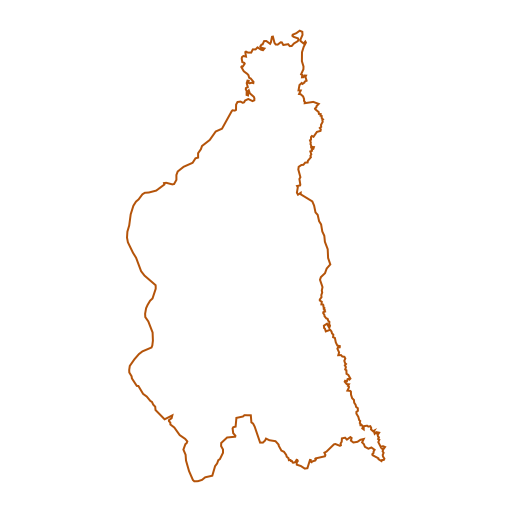 Mbinga, Ruvuma, United Republic of Tanzania
{"feature_id": "72390352B96762734199587", "entity_name": "Mbinga", "entity_type": "district", "adm_level": 2, "iso_a3": "TZA", "parent_name": "United Republic of Tanzania", "parent_adm1": "Ruvuma", "projection": "orthographic", "projection_center": [35.084, -10.703], "detail": "fine", "context": "isolated", "style": "outline", "palette": "amber", "viewbox_px": 512, "rotation_deg": 0, "n_neighbors": 0, "source": "geoboundaries", "source_scale": "gbopen_adm2", "svg_char_len": 6023}
<svg xmlns="http://www.w3.org/2000/svg" viewBox="0 0 512 512"><path d="M177.7,171.5L176.4,175.0L176.4,179.9L174.1,184.0L172.4,184.4L166.2,182.8L164.0,183.1L164.4,184.5L156.2,190.6L148.9,192.5L144.8,192.8L142.4,194.3L138.6,199.4L136.0,201.6L133.4,205.7L130.7,214.3L129.2,225.5L127.4,231.6L127.0,237.6L127.9,242.3L133.0,252.8L136.1,257.8L141.1,271.2L144.5,275.6L155.6,285.2L155.7,286.6L155.7,288.8L152.5,298.5L150.1,300.7L147.6,304.9L146.1,308.2L145.1,313.8L145.3,317.1L148.3,321.4L152.6,332.5L152.9,340.7L152.3,345.5L151.5,347.5L142.4,351.4L138.9,354.1L134.4,359.3L129.8,365.9L129.2,369.9L129.3,372.5L131.6,376.3L131.9,378.4L136.0,384.7L136.8,385.9L138.4,386.0L143.1,393.9L146.8,396.6L150.3,400.9L152.0,402.0L153.2,404.6L155.2,406.7L155.5,410.0L164.6,419.3L172.3,415.4L171.6,418.2L168.9,420.2L169.0,421.2L170.3,422.6L170.4,424.5L174.3,427.5L179.7,435.1L185.2,438.9L187.3,441.4L186.6,443.2L185.4,444.1L183.4,449.6L185.6,454.8L186.0,460.5L189.0,471.0L192.9,480.0L194.3,481.3L197.9,481.2L202.0,479.9L205.2,477.3L212.3,475.7L215.1,466.1L217.1,463.5L218.3,460.2L219.9,459.1L223.0,452.8L223.0,449.5L221.1,446.1L221.2,443.0L227.1,437.5L235.2,436.7L235.4,435.7L233.2,433.2L232.6,428.4L233.3,427.2L235.6,426.6L236.4,417.9L243.0,416.5L244.4,415.2L250.8,415.3L251.4,422.4L253.1,423.6L254.7,426.7L260.1,442.6L262.9,442.6L265.1,440.5L266.0,438.6L269.3,440.2L275.5,441.2L278.6,444.6L278.7,445.7L281.4,450.6L284.0,451.8L286.2,454.9L286.7,456.7L288.5,458.2L288.9,460.2L290.5,460.0L290.9,461.0L292.0,461.1L292.7,462.6L293.7,462.7L295.4,462.0L296.6,459.8L297.3,460.0L297.8,461.0L296.6,462.7L296.8,464.7L300.8,466.0L304.8,468.6L307.4,468.2L310.0,459.9L310.7,460.0L310.8,461.7L311.6,462.2L312.1,461.5L315.3,460.5L315.9,459.4L315.3,458.8L315.6,458.4L324.9,456.3L325.4,455.0L324.4,452.7L326.5,451.6L333.9,444.4L335.3,444.0L339.9,445.8L340.9,445.3L340.6,443.5L341.7,441.7L341.9,438.4L345.1,437.7L346.9,439.6L350.4,437.1L351.6,438.0L350.9,440.6L353.4,442.5L357.5,441.8L360.4,439.8L363.7,439.0L362.1,442.4L363.9,444.2L364.9,446.8L368.4,448.7L371.4,447.5L374.6,449.8L373.6,451.4L373.5,453.0L372.3,454.2L372.6,455.2L378.4,458.3L378.5,459.2L381.5,461.1L381.9,460.1L383.8,459.9L384.4,458.7L383.0,456.5L382.7,455.0L383.6,452.8L382.6,451.3L383.1,449.7L382.2,448.8L383.7,448.8L385.0,447.0L383.0,446.2L380.7,446.8L378.3,442.1L379.3,439.7L378.1,439.0L378.9,437.3L378.0,436.5L377.7,434.9L379.1,432.7L376.7,432.2L376.9,433.5L375.8,432.7L374.7,433.8L373.8,431.2L374.2,430.6L373.0,431.2L371.0,429.4L371.2,427.9L370.3,426.2L368.3,426.6L367.1,425.7L363.7,426.2L363.7,429.4L362.3,428.4L363.0,426.8L361.9,425.2L359.6,425.3L361.2,424.7L359.8,423.0L360.2,421.0L359.2,420.1L358.3,416.8L356.4,413.6L356.4,411.9L357.9,410.8L357.8,408.2L356.1,406.9L355.6,404.8L354.2,402.7L353.9,399.9L352.2,398.3L351.0,394.7L350.9,391.6L350.2,390.9L347.4,390.6L348.9,387.6L348.9,386.6L347.9,385.9L348.9,384.3L346.7,384.1L344.7,381.7L345.1,380.8L346.9,381.3L347.6,379.1L348.5,378.9L349.4,379.6L350.4,378.6L348.3,374.9L346.5,373.8L346.4,370.3L345.2,369.5L345.9,367.1L344.8,365.3L346.0,364.0L345.1,363.2L344.3,360.8L345.3,358.5L344.4,356.8L342.3,356.5L341.0,355.1L338.3,355.2L339.1,352.4L337.4,348.7L337.9,347.6L339.7,347.3L339.8,346.1L337.3,345.5L335.8,342.4L334.9,338.0L333.1,337.2L333.3,334.6L332.0,333.4L331.5,331.5L330.2,329.8L325.8,331.4L325.0,328.8L324.1,328.0L323.9,325.7L327.0,323.7L329.2,327.8L330.0,325.8L329.2,323.9L329.4,321.9L328.2,320.7L327.6,318.8L326.3,318.4L324.5,316.2L324.4,314.9L323.2,313.1L323.3,312.2L324.9,311.6L324.4,310.9L324.9,310.1L323.7,308.9L324.4,308.0L323.4,306.9L323.4,305.2L322.9,304.5L321.4,304.4L321.8,301.8L319.8,300.5L319.8,299.5L321.5,297.2L321.3,295.1L322.2,292.6L321.8,290.5L322.5,287.1L320.0,279.8L320.9,277.1L325.0,273.2L326.7,268.5L330.3,264.4L328.1,258.0L327.7,249.2L324.9,241.8L324.3,235.8L322.3,231.5L321.1,224.4L319.1,221.2L317.7,214.9L315.5,212.4L314.1,205.6L312.3,201.4L300.7,194.3L300.7,192.8L298.0,194.7L296.9,192.7L297.8,187.3L297.1,186.0L300.1,185.4L300.3,184.6L299.4,179.0L300.4,177.2L298.3,169.5L298.7,166.8L301.4,165.0L303.4,164.8L305.2,162.6L307.6,162.5L307.9,160.8L310.9,157.2L310.4,155.9L311.3,154.3L310.3,151.4L312.0,150.8L311.7,148.9L313.3,148.9L313.9,147.1L311.1,146.9L311.2,145.5L310.5,144.1L310.8,142.5L310.0,140.3L311.0,139.7L311.0,137.1L311.9,136.0L313.5,136.8L316.9,131.9L320.5,130.9L320.8,129.4L319.8,128.0L321.2,126.9L321.0,124.9L322.7,121.8L322.3,119.9L323.0,119.4L321.7,118.0L321.7,116.0L320.5,115.7L320.7,114.1L318.9,113.9L318.7,112.1L315.2,109.2L315.0,108.5L316.3,107.4L316.5,106.2L318.7,103.9L313.3,101.9L304.7,103.2L304.8,101.7L304.0,100.9L304.1,99.1L303.1,96.4L300.6,94.2L299.1,94.0L300.7,90.5L298.5,90.4L299.5,85.0L301.7,83.0L302.5,83.9L304.4,82.6L304.7,81.6L306.6,80.7L305.4,76.9L306.0,75.6L304.5,75.5L303.4,77.2L302.0,77.3L302.3,75.0L301.1,74.3L303.4,69.3L303.5,66.5L301.9,61.2L302.0,52.2L303.7,46.8L305.9,42.6L305.3,41.5L303.6,43.5L300.5,41.0L300.5,39.5L302.5,34.9L302.3,31.8L299.7,30.7L296.3,33.2L292.7,34.7L292.4,35.8L293.5,36.8L298.0,38.4L298.5,39.9L297.7,41.2L293.9,43.5L291.7,46.0L289.7,46.1L288.2,44.2L283.3,45.0L281.8,42.4L280.7,42.3L277.7,44.6L275.7,44.5L274.5,42.9L272.9,36.6L272.0,36.8L270.9,42.3L270.1,43.8L266.3,41.0L264.1,41.1L262.6,44.4L261.5,44.6L260.3,46.4L261.2,47.7L264.4,48.5L263.0,50.2L261.1,49.7L257.5,47.4L255.6,49.4L252.8,49.4L251.2,52.6L247.9,52.6L246.0,51.6L245.3,52.1L246.0,56.6L243.4,56.0L242.0,57.1L241.7,58.6L242.3,62.1L244.3,62.9L244.7,63.7L242.8,66.5L241.7,66.4L241.3,67.0L243.8,71.3L247.4,74.0L248.4,75.1L249.2,77.8L250.7,78.5L253.5,81.9L253.3,83.1L251.8,82.7L249.6,83.3L248.3,82.7L248.7,80.8L247.5,80.6L246.7,83.1L247.8,87.1L245.9,88.1L245.8,89.4L246.7,90.9L246.6,94.9L248.0,95.4L248.3,90.9L248.8,90.3L249.8,93.3L253.8,96.8L254.4,98.3L254.3,100.3L252.5,101.1L248.3,99.0L245.1,100.5L244.1,102.3L242.8,102.8L240.5,101.6L237.5,102.0L236.1,104.6L236.0,109.9L234.8,110.6L232.5,110.3L231.7,111.2L222.0,128.7L215.7,131.5L209.7,140.0L202.0,146.0L200.9,149.2L198.1,153.2L198.1,157.6L195.5,158.3L192.6,162.8L183.6,166.8L177.7,171.5Z" fill="none" stroke="#b45309" stroke-width="2"/></svg>